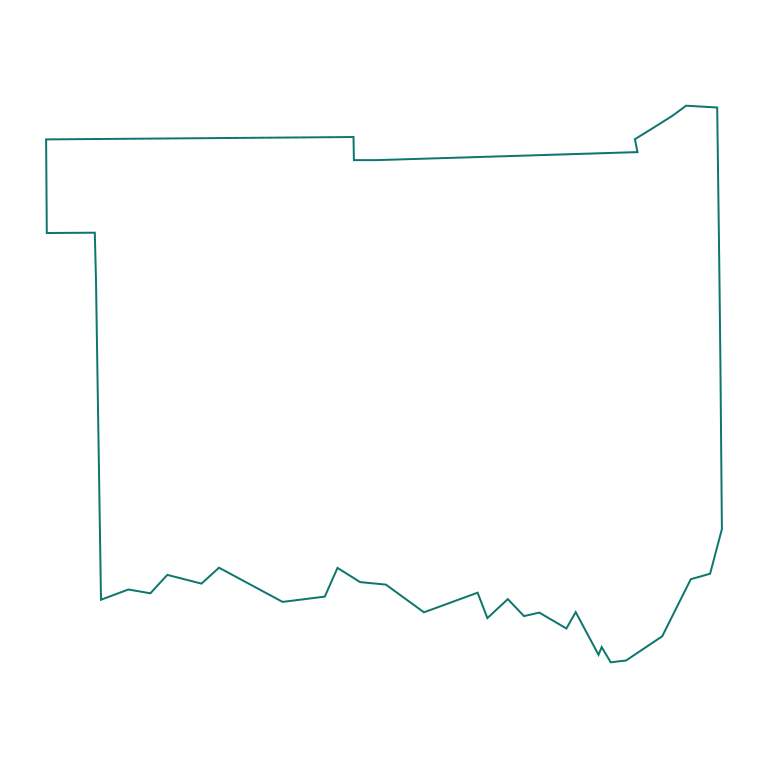 Jackson, Indiana, United States of America
{"feature_id": "52423323B62706448610818", "entity_name": "Jackson", "entity_type": "district", "adm_level": 2, "iso_a3": "USA", "parent_name": "United States of America", "parent_adm1": "Indiana", "projection": "natural_earth1", "projection_center": [-86.009, 38.897], "detail": "fine", "context": "isolated", "style": "outline", "palette": "teal", "viewbox_px": 768, "rotation_deg": 0, "n_neighbors": 0, "source": "geoboundaries", "source_scale": "gbopen_adm2", "svg_char_len": 639}
<svg xmlns="http://www.w3.org/2000/svg" viewBox="0 0 768 768"><path d="M353.5,137.0L46.1,139.4L46.8,233.0L94.8,232.7L96.0,281.0L101.0,599.7L128.4,589.5L150.4,593.3L167.3,574.9L201.5,583.6L219.0,567.7L282.6,601.9L324.8,596.6L337.5,567.9L360.1,582.1L385.9,584.6L423.9,612.3L477.6,592.7L487.4,618.1L507.8,599.1L524.0,616.1L539.3,612.6L566.4,628.5L575.7,612.1L598.5,654.8L601.7,647.1L610.7,662.3L626.0,660.5L662.2,636.3L690.8,579.2L710.1,573.7L721.9,529.1L720.4,361.9L719.3,267.0L717.2,107.5L686.1,105.7L673.0,115.4L654.6,127.0L634.9,139.2L637.5,152.1L377.4,160.1L353.9,160.1L353.5,137.0Z" fill="none" stroke="#0f766e" stroke-width="2"/></svg>